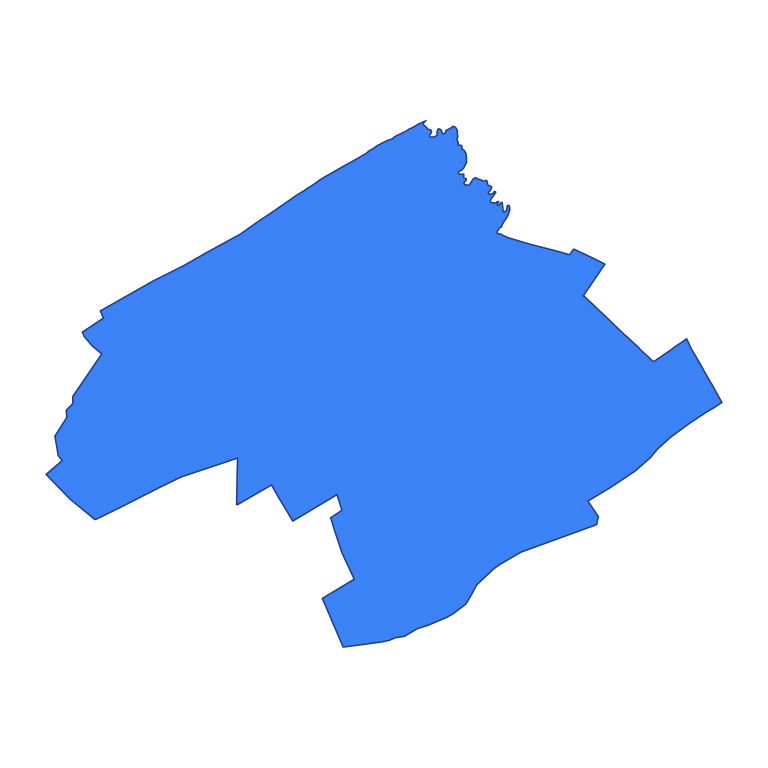 outline of Draganesti De Vede, Teleorman, Romania
{"feature_id": "2599482B68753922423647", "entity_name": "Draganesti De Vede", "entity_type": "district", "adm_level": 2, "iso_a3": "ROU", "parent_name": "Romania", "parent_adm1": "Teleorman", "projection": "albers", "projection_center": [25.058, 44.14], "detail": "fine", "context": "isolated", "style": "filled", "palette": "blue", "viewbox_px": 768, "rotation_deg": 0, "n_neighbors": 0, "source": "geoboundaries", "source_scale": "gbopen_adm2", "svg_char_len": 6116}
<svg xmlns="http://www.w3.org/2000/svg" viewBox="0 0 768 768"><path d="M686.6,338.8L680.8,342.9L678.9,344.1L678.2,344.6L674.3,347.2L671.7,349.3L669.1,351.1L662.2,355.8L660.7,356.9L657.1,359.2L656.4,359.8L655.5,360.5L654.5,361.1L653.9,361.3L653.6,361.3L653.0,361.1L652.4,360.8L651.6,360.2L650.1,358.6L647.4,356.0L642.1,351.3L640.5,349.7L638.9,347.9L636.8,345.7L635.4,344.6L633.0,342.3L631.0,340.5L628.9,338.5L627.2,336.9L624.8,335.0L623.6,333.9L622.0,332.2L615.8,326.4L606.9,317.7L596.8,308.2L591.2,302.8L584.4,296.5L583.7,296.1L583.3,296.0L587.5,289.7L593.1,281.5L602.0,268.4L604.9,264.2L602.0,262.6L584.0,253.8L577.6,250.9L575.1,249.6L574.4,249.3L573.9,249.3L573.4,249.4L572.9,249.8L570.3,253.8L569.7,254.5L569.2,254.7L568.7,254.6L567.9,254.3L565.4,253.5L556.1,250.9L533.8,245.2L524.1,242.5L509.2,238.0L507.7,237.5L506.2,236.8L505.5,236.3L503.0,235.5L501.2,234.2L499.6,234.0L498.9,233.8L497.9,233.5L497.3,233.0L497.1,232.6L497.0,232.0L497.1,231.3L497.4,230.9L498.3,230.1L498.6,229.4L499.3,228.4L500.1,227.6L500.9,227.2L501.3,226.9L501.6,226.3L501.9,225.4L502.8,223.7L503.5,222.6L504.0,221.5L504.5,220.8L504.8,220.6L505.8,219.1L507.2,216.9L508.3,214.8L509.7,210.1L509.7,208.5L509.6,207.2L509.5,206.4L509.3,205.9L508.8,205.5L508.4,205.3L508.0,205.3L507.7,205.5L507.3,205.7L507.1,206.6L506.9,208.8L506.7,209.7L505.8,210.9L504.4,211.9L503.6,212.0L503.3,211.9L503.2,211.6L503.0,209.2L502.8,207.2L502.7,206.2L502.5,205.4L502.3,203.4L502.3,202.9L502.1,202.5L501.6,202.4L501.2,202.6L500.9,202.8L499.5,204.5L499.1,205.0L498.7,205.2L498.3,205.4L497.7,205.3L497.3,204.9L497.3,204.5L497.5,203.8L498.6,202.2L498.4,201.7L498.1,201.5L497.1,201.8L496.7,202.3L496.1,202.8L495.6,203.0L494.8,203.0L494.1,202.8L492.7,202.7L492.0,202.6L491.3,202.6L490.8,202.4L490.6,202.0L490.4,201.5L490.4,200.8L490.5,200.3L491.0,199.5L491.7,198.1L492.3,197.1L492.8,196.6L493.3,196.1L494.7,193.9L495.3,193.3L495.6,192.7L495.7,192.1L495.3,191.7L495.0,191.5L494.2,191.6L493.9,191.9L493.3,193.1L492.9,193.5L492.3,193.6L491.4,194.0L490.2,194.2L489.3,194.2L488.8,194.1L488.4,193.2L488.4,192.6L488.6,192.3L489.0,192.0L489.6,191.4L490.3,190.2L491.2,188.9L491.5,188.2L491.7,187.5L491.7,187.1L491.3,186.5L490.7,186.1L489.5,185.9L489.1,185.8L488.5,185.4L488.1,185.0L487.8,184.6L487.6,183.9L487.3,182.4L487.2,181.3L486.7,180.7L486.4,180.4L485.9,180.4L484.0,181.0L483.3,181.1L482.8,181.0L481.7,180.3L481.0,179.9L478.9,179.3L478.1,179.0L477.4,178.7L476.9,178.4L476.6,178.1L476.3,178.0L475.9,177.9L475.4,177.9L474.5,178.1L473.9,178.3L473.5,178.7L471.6,181.3L470.8,182.6L469.7,184.3L469.5,184.7L468.9,185.1L468.2,185.2L467.7,185.2L467.0,185.0L465.6,184.8L465.1,184.7L464.8,184.6L464.5,184.2L464.2,183.7L464.1,183.1L464.1,182.6L464.5,182.0L465.4,181.2L466.0,180.5L466.3,179.9L466.4,179.5L466.4,179.2L466.2,178.8L465.6,178.6L464.4,178.2L463.9,177.9L463.7,177.6L463.6,177.2L463.9,174.7L463.7,174.3L463.4,174.1L461.2,174.2L460.0,174.1L459.2,173.9L458.7,173.6L458.4,173.1L458.4,172.6L458.8,171.7L459.5,170.9L459.9,170.8L460.5,170.8L460.9,170.7L461.6,170.2L462.4,169.5L464.2,167.2L465.1,165.1L466.6,162.4L466.6,161.6L466.5,161.1L466.3,160.3L466.3,159.5L466.6,158.5L466.5,157.3L466.2,156.3L466.2,155.3L466.1,153.8L465.4,152.4L464.7,151.2L464.2,150.5L462.1,148.8L462.0,148.4L462.0,146.9L461.9,146.1L461.5,145.6L461.1,145.3L460.5,145.2L458.6,145.0L458.1,144.8L457.9,144.5L457.8,144.2L457.9,143.8L458.2,143.4L458.3,142.7L458.2,142.1L457.6,141.3L457.1,139.7L456.9,138.8L457.0,138.2L457.7,137.4L457.8,136.2L457.6,134.9L457.2,132.6L457.2,132.3L457.5,131.8L457.6,131.4L457.5,131.0L456.9,129.8L456.2,128.3L455.4,127.3L454.3,126.6L453.6,126.4L452.9,126.4L452.4,126.5L452.1,126.8L451.6,127.5L451.1,127.9L448.7,129.2L447.3,129.7L446.2,130.4L445.8,130.8L445.6,131.7L445.1,132.8L444.6,133.4L443.8,133.8L443.2,133.8L442.5,133.4L442.1,132.9L441.5,130.7L441.2,130.1L440.6,129.6L439.9,129.1L439.2,128.9L438.7,128.9L438.3,129.0L437.9,129.2L437.7,129.6L437.0,132.3L436.9,133.0L437.0,133.5L437.2,134.0L437.3,134.5L437.1,135.0L436.9,135.3L435.0,136.6L434.3,136.8L432.8,137.0L431.6,137.2L430.9,137.1L430.5,136.9L430.0,136.5L429.7,136.1L429.5,135.6L429.6,135.0L429.9,134.5L430.5,134.0L430.9,133.5L431.1,133.0L431.4,132.3L431.5,131.6L431.4,131.0L431.1,130.5L430.8,130.0L430.4,129.8L429.9,129.6L428.3,129.4L427.8,129.2L427.3,128.6L426.7,127.6L425.8,126.6L424.7,125.9L423.8,125.1L423.5,124.5L423.4,123.8L423.4,123.3L423.5,122.8L423.9,122.3L424.3,122.0L425.1,121.6L425.5,121.0L423.5,121.7L422.1,122.5L421.3,122.9L419.1,123.8L417.6,124.5L415.5,125.9L413.6,126.9L411.4,128.1L409.5,128.9L408.1,129.8L405.3,131.6L402.9,132.6L399.8,134.2L398.5,134.8L397.4,135.2L395.9,136.0L394.8,136.6L393.6,137.6L392.8,138.4L392.2,138.8L391.1,139.3L388.4,140.1L386.9,140.7L385.2,141.6L383.0,142.7L381.9,143.1L379.6,144.5L378.6,145.0L377.8,145.2L374.9,147.3L372.6,148.9L371.7,149.5L370.0,150.3L368.2,151.4L368.1,151.7L367.8,152.3L367.5,152.4L366.9,152.7L365.6,153.8L350.0,162.7L344.7,165.5L333.7,171.8L329.9,174.0L328.0,175.1L326.4,175.9L325.0,176.8L319.8,179.9L317.0,182.0L312.9,184.9L310.3,186.5L307.4,188.2L306.7,188.8L304.0,190.7L297.5,194.6L271.4,212.7L256.6,222.6L240.2,234.2L228.3,240.7L208.8,251.3L184.3,265.3L153.8,280.6L100.3,310.9L103.4,318.1L82.4,332.1L84.1,336.4L92.0,345.7L101.7,354.0L72.8,396.4L72.8,403.6L66.2,410.3L66.8,417.4L54.8,436.3L55.0,436.4L58.2,455.6L62.2,460.5L46.1,474.4L61.8,490.6L69.8,498.9L94.8,519.5L96.7,519.0L119.8,507.7L160.5,487.0L181.3,476.9L237.3,458.2L237.6,459.5L237.2,469.0L236.6,504.6L237.1,504.9L271.5,485.0L278.3,497.0L292.8,521.1L337.0,494.7L341.9,510.2L330.7,517.8L334.2,529.4L342.0,553.0L354.2,579.2L322.3,598.4L343.1,647.0L345.6,646.8L382.0,641.9L389.5,640.3L395.0,637.8L404.3,636.4L417.3,628.7L428.7,625.0L446.9,617.3L453.2,613.7L465.9,604.0L471.3,595.0L476.7,584.9L493.9,568.7L500.6,564.0L521.1,552.1L596.7,524.6L597.7,519.4L598.5,516.8L588.0,501.1L610.3,487.6L622.2,479.7L635.6,470.7L650.5,457.5L657.3,449.3L670.4,437.4L689.4,423.4L705.9,412.5L709.2,410.5L712.6,408.6L721.9,402.4L718.5,396.4L713.3,386.9L711.4,383.5L710.6,382.6L709.2,380.0L698.8,361.5L694.2,353.7L691.5,349.1L689.0,343.9L687.5,340.5L686.6,338.8Z" fill="#3b82f6" stroke="#1e3a8a" stroke-width="1.5"/></svg>